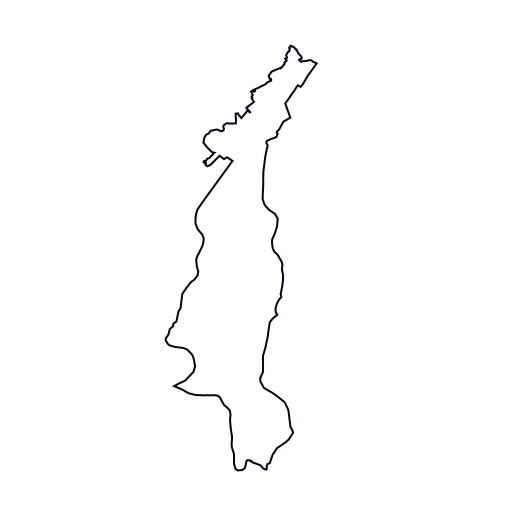 the district of Kapuas, Kalimantan Tengah, Indonesia, rotated 194°
{"feature_id": "22746128B40136746216216", "entity_name": "Kapuas", "entity_type": "district", "adm_level": 2, "iso_a3": "IDN", "parent_name": "Indonesia", "parent_adm1": "Kalimantan Tengah", "projection": "orthographic", "projection_center": [114.299, -1.918], "detail": "fine", "context": "isolated", "style": "outline", "palette": "ink", "viewbox_px": 512, "rotation_deg": 194, "n_neighbors": 0, "source": "geoboundaries", "source_scale": "gbopen_adm2", "svg_char_len": 5900}
<svg xmlns="http://www.w3.org/2000/svg" viewBox="0 0 512 512"><g transform="rotate(194 256 256)"><path d="M334.5,353.3L330.0,349.8L326.3,347.6L323.7,346.1L321.5,346.1L322.0,345.6L322.1,345.3L322.3,344.5L322.7,343.7L323.4,342.6L323.7,342.1L324.2,341.3L324.5,340.9L324.7,340.5L324.7,340.2L324.9,339.8L325.7,339.2L326.6,338.8L326.8,338.6L327.0,338.2L327.3,337.2L327.5,336.5L327.7,336.1L328.0,336.0L329.0,335.8L329.5,335.4L329.7,334.9L329.7,334.6L329.6,334.4L329.3,334.2L328.5,333.7L328.3,333.7L328.1,333.8L327.7,334.3L327.3,334.4L327.1,334.3L327.0,334.1L326.9,333.1L326.9,332.8L326.9,332.5L327.0,332.2L324.9,331.3L322.2,333.4L315.6,344.5L312.1,343.0L310.5,342.3L308.3,344.3L307.9,344.8L305.0,343.7L301.7,342.6L302.9,340.0L303.7,337.9L319.3,299.4L324.0,287.2L324.3,283.1L324.2,280.7L323.6,277.2L322.6,272.8L321.1,270.8L319.0,267.8L313.5,263.9L310.9,260.4L310.8,259.2L310.3,255.6L310.5,252.5L312.4,243.5L313.0,241.5L313.2,238.1L311.0,232.0L310.8,231.4L308.2,226.8L308.0,223.0L310.1,218.2L312.8,214.9L315.5,209.0L318.3,201.4L317.3,192.6L317.1,190.4L316.6,188.2L316.8,186.2L317.8,183.5L317.4,173.2L319.8,170.4L319.6,167.6L321.9,164.3L322.0,158.5L323.5,154.5L323.3,152.3L321.9,151.1L321.0,149.9L318.9,148.6L316.3,148.2L311.9,148.2L304.4,149.2L299.9,148.5L294.2,144.9L291.6,141.4L288.4,134.3L288.7,128.0L289.6,126.8L294.5,118.0L299.8,113.8L303.9,109.9L295.4,108.6L288.7,106.6L283.9,106.5L281.4,106.5L278.5,107.0L275.4,107.7L272.7,108.2L269.9,109.0L267.2,109.6L262.7,110.9L259.4,111.2L256.9,110.1L255.4,108.4L253.0,105.8L250.8,103.6L247.0,101.8L243.9,99.6L242.5,96.2L242.1,94.5L241.9,92.2L241.0,89.0L240.2,86.7L239.2,83.7L236.5,77.0L235.8,75.8L235.4,74.2L235.0,72.5L234.2,67.8L233.8,66.3L232.6,63.7L229.4,58.4L227.1,49.1L224.3,44.3L221.8,43.5L217.6,45.0L215.4,47.6L215.6,54.9L214.5,56.0L212.6,55.9L211.9,56.3L211.0,55.9L210.9,55.5L210.2,55.6L209.5,54.9L201.5,54.1L200.1,53.5L197.4,51.5L194.5,51.1L194.0,52.1L194.8,54.7L194.5,56.9L192.5,58.4L191.8,67.0L189.8,72.7L189.2,74.6L184.3,80.0L181.9,82.9L180.1,85.4L179.8,86.1L178.6,89.4L178.5,89.6L178.4,89.6L178.5,89.6L177.3,93.4L178.7,95.9L181.2,98.4L187.2,114.1L189.1,116.6L192.8,121.0L195.1,122.1L200.5,124.6L204.8,126.4L206.8,127.1L216.4,129.9L221.7,135.7L222.3,138.4L222.2,138.4L222.2,139.2L221.9,141.7L221.2,144.9L221.2,145.0L221.4,146.3L222.4,149.9L222.6,151.2L222.8,151.5L222.8,152.0L223.3,153.8L223.8,156.0L224.0,156.3L224.6,159.1L224.9,160.3L225.1,161.2L224.9,164.4L224.9,164.5L224.9,165.2L224.7,168.5L224.8,171.8L224.9,174.0L225.0,179.5L225.8,186.2L226.6,195.0L224.6,199.5L221.2,204.1L223.2,206.2L224.3,209.3L224.2,214.3L224.1,215.1L223.2,219.0L222.1,221.2L221.6,222.0L221.5,222.4L222.9,225.2L223.0,227.5L223.2,232.9L224.0,239.4L225.2,244.2L227.6,249.3L228.3,254.0L229.9,256.9L232.2,259.1L235.5,262.6L239.0,264.4L241.5,267.3L243.8,272.9L244.3,276.3L244.2,277.0L243.3,281.2L242.8,288.9L242.8,289.5L242.9,290.9L243.9,297.4L245.6,299.1L247.7,301.4L253.1,303.4L255.1,304.3L260.1,307.8L261.2,309.5L263.4,313.0L266.2,326.9L267.5,331.9L268.2,335.1L269.0,338.5L269.2,339.4L271.1,355.1L271.2,358.3L271.3,359.4L271.3,359.9L271.4,361.5L271.4,362.8L271.5,365.9L271.6,366.3L271.8,366.6L272.3,367.1L273.5,368.6L273.4,370.1L270.9,372.3L269.7,373.2L266.9,374.9L265.0,376.5L264.9,377.2L264.8,378.2L264.5,379.4L264.5,379.6L265.5,380.3L265.8,381.1L265.6,382.2L264.7,383.3L264.6,383.6L264.3,384.1L264.2,384.3L262.0,392.8L256.2,398.6L264.5,411.0L261.1,419.7L261.2,419.8L258.9,425.5L257.4,430.0L256.7,431.8L253.5,430.9L251.9,434.8L249.6,442.7L243.7,457.6L244.0,457.8L245.2,457.9L246.6,458.1L248.3,458.5L249.2,459.1L249.6,459.2L250.5,459.2L250.9,459.1L251.0,459.1L251.8,458.8L254.0,457.7L255.3,457.1L256.3,456.8L256.7,456.6L257.1,456.6L258.3,456.1L258.6,456.0L259.0,455.7L259.2,455.4L259.8,455.5L260.3,455.8L261.0,456.3L261.6,456.8L261.4,457.0L261.4,457.3L261.2,457.5L260.7,457.8L260.4,457.9L259.5,458.5L259.4,459.0L259.7,459.6L260.0,460.1L260.5,460.6L263.0,462.3L263.6,462.6L263.9,462.8L264.3,463.1L264.6,463.6L265.2,464.4L266.1,465.2L266.1,465.4L266.3,465.5L266.6,465.6L266.6,465.8L266.8,465.8L267.0,465.9L267.0,466.0L267.2,466.3L267.4,466.3L267.6,466.5L268.0,466.6L268.4,466.9L269.1,467.3L269.4,467.5L269.6,467.7L270.1,467.9L270.6,468.0L271.0,467.9L271.5,467.9L271.8,468.0L272.2,467.9L272.5,467.8L272.4,468.2L272.5,468.2L272.6,468.3L272.9,468.5L273.1,468.5L273.4,468.4L273.5,468.3L273.4,468.2L273.6,468.0L274.2,465.9L273.8,465.7L273.3,465.1L273.2,464.3L273.4,463.8L273.4,463.6L273.2,463.0L273.2,462.8L273.4,462.5L273.7,462.3L274.0,462.2L274.3,462.0L274.3,461.6L275.4,458.3L273.8,455.8L275.4,454.5L273.5,453.0L275.3,450.5L274.7,449.4L275.0,448.6L277.1,444.6L277.2,444.8L282.0,441.3L284.8,439.2L285.5,438.5L287.3,433.9L286.3,432.4L285.2,430.8L284.2,431.3L283.7,429.8L285.0,428.7L286.6,427.7L287.8,426.0L288.5,424.8L290.7,422.9L291.6,422.5L291.7,422.2L294.8,419.4L295.8,418.7L297.9,417.0L296.8,415.8L297.6,415.0L298.9,416.2L300.6,414.4L299.7,413.6L298.1,411.2L298.8,409.8L297.9,408.9L298.5,408.3L296.9,406.5L295.2,405.0L298.4,401.0L300.6,398.4L300.4,398.2L301.1,397.3L297.6,395.0L296.5,394.2L296.7,393.9L297.3,394.2L299.5,395.0L300.6,392.4L302.7,388.2L303.5,386.3L304.7,387.1L307.0,388.7L307.6,389.5L307.9,390.0L310.2,389.2L310.0,388.5L309.9,387.9L309.3,386.2L309.1,385.4L309.0,385.0L308.6,384.5L308.5,384.1L308.3,382.6L307.9,381.3L307.8,380.7L307.7,380.1L307.6,379.7L310.4,379.0L311.8,378.5L314.3,378.1L315.9,378.0L316.6,377.7L316.9,377.5L318.1,376.1L318.5,375.6L318.9,375.0L319.1,373.9L319.0,373.6L318.8,373.0L318.0,372.0L317.8,371.4L317.8,371.0L318.0,370.4L318.3,369.8L318.7,369.3L319.2,368.9L319.9,368.7L320.8,368.6L321.6,368.8L322.4,369.1L322.8,369.2L323.5,369.3L324.2,369.3L324.9,369.1L326.6,368.4L327.7,367.8L328.7,367.1L330.0,366.8L330.4,366.5L330.7,365.5L330.9,365.0L331.3,364.0L331.6,363.4L331.9,363.0L333.1,362.1L333.5,361.8L333.8,361.3L334.1,360.5L334.3,359.9L334.7,358.2L334.7,357.3L334.5,354.1L334.5,353.3Z" fill="none" stroke="#020617" stroke-width="2"/></g></svg>